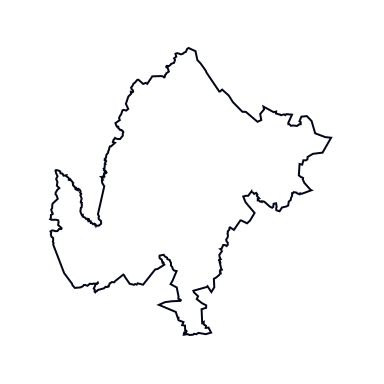 outline of Olinalá, Guerrero, Mexico, rotated 260°
{"feature_id": "50627088B95412074222990", "entity_name": "Olinalá", "entity_type": "district", "adm_level": 2, "iso_a3": "MEX", "parent_name": "Mexico", "parent_adm1": "Guerrero", "projection": "mercator", "projection_center": [-98.791, 17.883], "detail": "fine", "context": "isolated", "style": "outline", "palette": "ink", "viewbox_px": 384, "rotation_deg": 260, "n_neighbors": 0, "source": "geoboundaries", "source_scale": "gbopen_adm2", "svg_char_len": 5968}
<svg xmlns="http://www.w3.org/2000/svg" viewBox="0 0 384 384"><g transform="rotate(260 192 192)"><path d="M62.6,159.2L61.6,161.9L56.7,161.2L56.4,162.4L56.0,162.5L54.7,161.7L54.8,159.8L52.9,159.1L52.8,162.9L51.6,164.8L51.3,168.3L52.0,169.4L51.2,171.5L52.1,173.9L49.6,180.9L50.2,186.4L55.6,184.7L55.8,181.9L57.9,182.5L59.7,180.4L62.0,181.0L61.4,179.3L74.9,181.1L75.5,185.8L77.9,186.3L80.7,182.6L85.7,178.1L88.3,179.9L92.8,176.5L94.5,176.2L95.9,190.2L96.5,190.9L90.1,193.7L94.3,197.4L102.8,198.5L103.5,200.8L105.3,204.0L107.1,206.0L107.5,205.7L107.8,205.7L107.5,206.1L110.1,206.1L110.3,207.9L111.7,207.4L117.5,207.1L117.3,207.6L117.6,207.7L119.5,207.3L120.1,206.7L120.6,207.0L120.8,208.6L123.0,207.9L125.4,208.0L128.4,211.1L130.3,210.8L130.9,210.1L131.1,211.3L134.4,213.6L133.9,215.4L132.8,216.7L133.3,217.0L133.7,218.0L135.8,218.4L137.8,217.4L139.2,217.4L141.2,219.3L143.1,219.9L144.9,219.7L145.5,220.2L147.0,220.4L148.4,222.2L150.1,222.6L150.6,223.3L147.4,226.7L155.6,234.7L155.4,235.6L151.6,240.8L153.8,244.2L160.5,250.0L172.5,243.0L178.7,241.7L178.9,244.4L178.5,246.7L182.3,250.7L181.7,250.7L180.7,252.1L179.3,252.9L180.0,255.0L178.2,256.0L177.0,255.2L174.1,257.0L174.0,255.6L172.4,255.3L172.4,255.9L170.6,257.5L170.8,258.9L170.0,259.3L170.5,260.3L169.8,261.6L164.1,266.1L162.6,268.2L163.2,269.4L166.2,270.3L166.3,272.8L162.7,272.8L161.3,272.0L159.4,271.9L157.8,274.9L161.1,277.9L161.4,282.6L162.0,284.4L165.7,285.6L167.1,287.9L168.6,288.3L171.1,290.0L173.5,290.4L173.5,291.6L174.2,292.2L173.2,294.9L172.4,295.3L171.0,297.7L171.9,298.3L171.2,299.9L173.0,309.9L173.6,309.1L181.5,304.2L185.1,303.3L186.6,303.8L188.0,301.7L189.8,300.1L200.9,302.8L199.8,305.3L203.9,307.2L203.4,309.6L203.6,310.4L204.3,311.4L206.4,311.9L208.6,317.7L208.1,327.4L221.3,338.4L222.9,332.8L228.4,323.5L241.1,322.1L246.8,318.3L247.2,312.8L243.0,310.1L242.0,311.2L239.9,310.8L240.1,309.5L238.8,307.0L239.9,303.3L240.0,301.0L241.9,299.6L242.1,298.7L243.3,298.8L250.8,303.9L252.3,298.5L251.5,297.2L252.4,296.3L252.2,292.9L253.2,291.9L253.1,291.5L254.8,288.3L256.6,288.8L256.5,286.2L263.7,277.2L260.8,277.3L257.0,272.7L250.8,272.7L249.8,268.7L261.6,258.9L262.2,255.6L273.4,247.9L280.7,244.9L287.6,239.5L286.1,237.0L286.2,236.3L306.9,227.1L309.1,226.6L317.1,222.8L321.0,220.2L330.1,219.9L334.4,213.6L333.8,212.1L331.0,210.2L330.8,208.8L329.8,207.1L329.5,205.0L331.1,202.1L331.3,200.7L331.0,199.7L328.0,200.0L326.8,197.6L325.0,198.2L322.3,196.7L321.8,193.7L320.8,192.7L320.0,191.0L320.6,189.1L320.0,188.4L319.1,188.5L318.5,189.6L314.6,190.1L313.5,187.5L312.6,186.9L312.2,186.1L309.7,184.9L309.7,184.4L310.9,183.5L311.5,181.8L312.8,173.0L306.3,166.7L307.5,165.5L306.9,162.7L311.8,158.8L312.0,157.7L309.4,154.5L308.9,153.2L306.7,151.7L305.5,150.2L304.0,150.3L302.5,151.4L301.0,151.5L300.5,150.8L301.3,149.2L299.2,149.0L297.1,145.9L290.3,142.2L284.9,143.6L283.6,141.4L284.7,139.0L284.6,137.8L280.6,135.6L279.3,134.1L277.4,133.0L275.4,133.4L273.1,128.5L269.5,129.3L269.1,130.7L267.7,130.5L266.9,131.4L265.9,131.6L265.5,132.8L264.7,132.2L265.2,133.2L263.9,134.5L262.8,134.8L261.7,134.0L259.5,133.6L256.7,130.4L256.8,129.1L257.6,126.8L258.6,125.6L257.5,124.7L257.3,124.0L254.9,122.7L253.8,124.7L251.0,120.1L251.3,119.4L251.0,119.1L249.9,118.2L248.6,117.9L246.3,116.4L245.2,116.2L243.6,114.2L240.8,113.3L239.7,111.9L239.3,112.3L238.4,111.7L238.0,112.5L237.3,112.2L237.1,112.6L235.2,111.1L234.6,111.5L234.5,111.0L230.7,110.0L230.3,109.2L229.6,109.7L228.9,109.1L228.2,109.9L226.7,109.4L227.3,110.7L226.0,111.2L225.3,110.2L225.3,108.6L223.8,108.0L222.7,108.5L222.2,108.3L222.1,107.8L222.7,107.2L222.6,106.1L222.0,106.4L222.3,105.4L221.2,106.1L220.6,105.6L219.4,106.3L219.1,105.3L216.2,105.2L212.9,106.6L186.4,95.5L184.2,96.2L183.1,95.6L181.5,95.5L179.3,97.3L177.3,97.2L176.2,96.6L175.1,94.4L175.3,92.1L175.8,91.8L175.5,91.6L176.2,91.5L176.1,90.9L177.3,90.9L177.8,90.3L177.5,88.9L179.0,87.9L179.1,87.0L180.7,87.2L181.0,85.7L181.3,86.0L183.2,85.8L183.4,85.4L182.6,84.4L184.0,83.9L183.9,83.0L185.5,82.0L186.7,80.2L188.4,80.5L188.3,79.5L192.2,78.7L195.7,79.8L196.0,80.6L198.6,81.4L199.8,81.1L200.6,81.7L201.5,80.7L204.6,82.2L208.3,81.5L209.3,82.6L211.0,81.7L211.6,82.3L212.8,82.2L213.9,81.7L215.0,80.4L215.0,79.9L213.6,79.8L215.0,77.7L215.7,77.7L215.9,78.4L216.4,78.5L217.4,77.1L218.8,76.6L219.1,76.0L221.1,76.1L221.5,76.6L224.6,74.9L224.9,73.8L225.7,74.3L226.1,74.0L225.9,73.0L226.4,73.2L227.6,72.7L229.6,70.7L230.3,71.2L230.4,68.3L232.5,67.7L233.3,65.7L235.1,65.8L236.3,64.3L237.2,62.0L236.8,61.3L234.3,61.4L230.8,62.3L228.5,60.5L225.2,61.2L221.7,60.0L218.9,62.0L217.5,59.7L215.0,57.6L213.5,57.2L211.9,58.1L208.6,58.6L204.9,52.9L203.7,52.2L200.5,51.5L199.1,50.3L196.6,50.5L195.5,51.1L194.5,51.0L193.9,49.1L190.7,48.4L189.9,47.6L189.0,48.9L188.3,53.2L187.4,55.3L185.5,55.4L182.8,54.4L179.0,57.3L178.2,56.8L178.6,54.6L176.9,52.7L177.1,50.8L178.3,48.4L178.3,46.8L177.7,45.8L176.5,46.3L174.8,45.6L172.4,45.8L170.9,47.2L168.8,47.0L167.2,46.3L166.1,46.8L164.2,46.2L134.3,52.0L122.4,58.0L120.9,58.1L117.9,60.0L117.4,65.4L118.1,68.1L119.2,69.3L119.0,70.6L117.8,72.8L119.4,75.5L118.7,77.7L118.9,79.0L118.3,82.2L119.2,83.5L118.7,83.6L118.0,82.6L118.0,80.6L116.8,80.5L113.9,78.5L112.9,79.2L110.7,78.8L110.1,79.3L110.8,79.8L110.8,81.1L111.4,81.5L111.9,82.7L112.4,88.5L113.7,90.5L113.1,91.7L113.2,92.6L114.0,93.3L113.7,93.7L116.2,95.0L117.2,97.5L116.6,99.7L117.6,100.8L122.6,110.0L121.7,110.8L120.7,110.9L112.4,114.7L110.7,118.8L111.2,120.0L110.4,121.5L111.5,122.6L109.2,127.7L122.2,142.4L122.1,144.6L125.1,151.9L125.7,151.3L126.8,151.8L127.3,150.8L128.1,151.2L128.6,150.5L130.6,150.5L132.3,148.7L133.8,148.7L135.0,149.1L135.1,153.2L133.1,154.2L131.7,156.0L130.2,156.1L128.8,158.3L127.4,158.4L126.0,159.0L123.2,158.5L121.6,159.5L119.4,159.7L117.8,160.7L116.8,163.1L108.1,157.5L105.0,154.9L100.6,160.4L91.4,160.6L89.3,160.0L87.8,162.1L87.3,162.2L86.8,161.6L87.9,153.3L88.2,146.3L86.6,139.8L76.7,155.2L71.2,156.0L70.2,157.6L70.3,156.2L68.0,156.5L65.4,161.0L62.6,159.2Z" fill="none" stroke="#020617" stroke-width="2"/></g></svg>